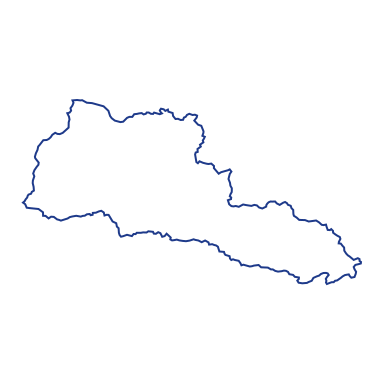 the district of Candiota, Rio Grande do Sul, Brazil, rotated 270°
{"feature_id": "56859067B24867666678469", "entity_name": "Candiota", "entity_type": "district", "adm_level": 2, "iso_a3": "BRA", "parent_name": "Brazil", "parent_adm1": "Rio Grande do Sul", "projection": "natural_earth1", "projection_center": [-53.764, -31.586], "detail": "fine", "context": "isolated", "style": "outline", "palette": "blue", "viewbox_px": 384, "rotation_deg": 270, "n_neighbors": 0, "source": "geoboundaries", "source_scale": "gbopen_adm2", "svg_char_len": 4338}
<svg xmlns="http://www.w3.org/2000/svg" viewBox="0 0 384 384"><g transform="rotate(270 192 192)"><path d="M107.0,354.5L110.1,355.7L112.2,356.1L114.6,354.6L117.0,353.7L119.1,355.4L119.9,358.7L120.5,360.8L122.0,361.0L123.0,359.6L124.9,359.5L125.8,357.8L124.1,353.7L127.6,349.5L128.6,347.9L130.4,346.2L133.3,344.3L136.5,344.1L138.2,342.5L140.4,340.8L140.6,338.7L142.2,338.9L145.1,340.4L147.0,339.8L148.3,337.3L149.7,335.2L151.3,333.1L153.1,333.0L154.9,331.2L153.9,329.9L154.1,327.7L157.5,326.5L159.4,326.0L158.9,323.5L159.2,321.7L161.7,319.0L163.5,316.1L162.5,308.7L163.9,305.1L164.1,299.2L166.4,296.7L168.2,293.9L170.0,293.4L174.1,293.2L175.8,291.5L178.2,290.7L179.3,287.8L180.7,287.1L182.0,285.1L181.3,283.2L179.1,279.7L180.6,276.8L182.5,275.1L182.4,272.2L182.5,270.5L181.7,268.6L180.3,267.2L178.8,266.3L177.4,266.2L175.5,262.3L176.5,259.1L178.6,256.9L179.1,254.3L178.1,251.4L178.9,246.2L179.5,243.1L177.2,238.8L178.0,235.8L177.6,233.4L177.9,231.4L179.7,229.2L181.3,228.7L183.8,227.9L184.9,231.0L186.5,231.2L187.7,229.8L189.8,230.5L191.9,231.7L193.6,231.8L195.8,231.8L198.3,230.4L201.2,230.0L205.0,228.5L207.1,229.0L210.1,229.8L212.4,231.4L214.6,229.7L213.8,228.1L211.8,221.1L210.3,218.7L215.9,213.9L218.0,214.0L220.4,211.3L220.0,208.4L220.3,206.5L221.2,203.0L222.7,199.5L220.8,197.9L221.9,196.4L225.3,195.8L229.6,195.1L231.5,195.7L232.1,197.7L235.0,197.5L237.4,200.8L239.3,200.0L241.7,203.4L243.6,202.8L245.2,203.9L247.2,204.8L248.2,202.4L251.1,203.4L252.7,203.5L258.2,201.3L259.3,198.1L263.4,194.3L266.5,196.7L268.4,197.1L269.3,194.9L269.0,192.6L270.2,189.3L269.1,187.0L267.2,185.7L266.4,183.9L264.2,183.1L264.0,180.7L265.2,178.0L265.0,175.5L268.0,173.1L271.0,172.6L272.3,168.4L274.4,167.9L273.1,165.3L274.7,163.7L275.3,161.0L273.6,159.8L271.9,160.6L270.6,161.9L269.8,159.8L271.4,154.1L270.1,153.1L270.2,150.9L271.5,148.7L271.5,146.7L270.2,145.8L269.6,143.6L270.9,141.7L270.6,139.1L270.1,137.0L269.8,134.2L267.1,132.3L267.1,129.3L266.2,127.1L265.0,125.9L262.3,123.2L261.9,120.4L263.4,114.8L265.8,111.7L268.0,110.1L273.2,108.4L277.7,103.6L280.9,92.0L281.3,86.8L283.8,82.2L283.6,80.3L284.0,77.1L283.6,72.5L281.2,73.5L278.4,72.4L275.8,70.5L273.3,71.1L271.4,69.6L270.8,67.3L267.3,69.0L264.5,69.5L261.7,68.7L256.4,68.6L251.1,62.7L249.9,59.8L250.1,57.4L251.2,55.2L249.2,52.3L246.8,50.7L245.0,48.7L244.0,46.7L243.8,43.3L238.9,39.5L237.5,38.2L234.1,37.5L230.7,35.9L227.2,34.9L225.7,35.3L221.4,38.7L219.2,38.4L217.3,36.8L213.8,34.4L210.5,33.2L207.7,34.3L203.5,32.9L200.9,32.7L197.2,33.6L193.4,33.9L192.1,31.8L190.3,31.1L189.4,28.5L188.0,27.6L186.5,27.2L184.6,25.6L182.9,24.7L181.4,23.0L179.8,25.2L176.3,26.7L175.9,29.7L175.0,38.5L171.7,43.0L168.2,43.1L168.1,45.6L165.6,48.6L167.3,51.1L167.1,53.8L164.6,57.1L164.1,59.1L163.4,60.9L165.5,67.6L166.9,69.8L167.5,72.2L168.2,76.2L167.4,80.8L168.1,82.7L168.3,84.8L169.7,86.9L170.0,89.7L168.8,90.6L169.2,92.6L171.1,92.8L171.3,95.9L172.6,98.9L173.2,101.3L171.5,103.8L168.5,104.5L169.2,106.6L169.1,108.6L167.5,109.6L162.5,112.6L160.8,116.2L157.4,116.9L155.8,118.6L151.2,118.9L149.0,119.6L147.3,121.0L147.8,123.1L149.2,127.0L147.9,131.9L150.0,133.6L149.9,135.6L151.2,136.7L151.2,140.9L151.6,143.1L151.5,146.6L152.7,148.3L152.2,153.0L150.4,153.8L150.2,155.9L151.8,158.2L150.8,160.4L147.2,162.2L147.9,164.6L150.3,166.6L146.5,170.7L144.6,170.3L143.6,172.0L143.8,173.8L144.4,176.8L143.6,179.4L143.1,182.7L142.8,186.0L143.4,189.6L144.7,193.6L144.1,195.3L143.5,198.4L141.8,201.7L143.5,205.1L141.6,208.5L139.4,209.1L139.8,212.2L139.0,214.2L138.6,216.0L137.3,217.9L135.3,218.5L132.5,219.4L132.1,224.0L130.4,224.5L129.1,225.4L127.8,229.6L125.5,230.0L124.0,231.3L124.7,233.0L124.0,234.9L123.2,238.7L120.7,240.5L118.7,241.4L119.3,243.4L117.5,249.8L117.8,252.0L118.4,253.9L119.0,258.6L116.7,261.1L116.4,267.9L114.6,270.9L114.6,272.8L113.1,275.2L112.4,278.0L112.8,281.6L113.4,283.9L113.2,285.9L112.1,288.0L109.8,289.3L109.1,293.1L107.2,294.8L106.5,298.9L105.0,298.8L103.4,297.3L101.3,298.6L100.7,302.3L101.1,307.0L102.0,308.6L103.2,311.7L106.1,313.4L107.6,316.7L108.4,319.1L110.0,320.9L111.0,323.4L111.1,326.0L110.6,327.7L109.0,328.7L107.0,327.0L105.1,325.8L103.3,326.4L101.5,326.0L100.0,326.9L101.0,329.5L101.8,331.7L101.8,333.7L103.2,335.0L103.6,337.2L105.0,339.2L106.1,340.8L107.6,342.6L108.9,344.9L109.3,346.9L109.6,348.8L108.1,349.6L106.3,351.3L107.0,354.5Z" fill="none" stroke="#1e3a8a" stroke-width="2"/></g></svg>